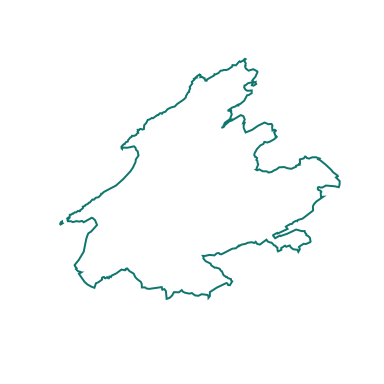 Midleton Lea-7, Cork, Ireland (Equal Earth projection), rotated 154°
{"feature_id": "5873133B11513938910004", "entity_name": "Midleton Lea-7", "entity_type": "district", "adm_level": 2, "iso_a3": "IRL", "parent_name": "Ireland", "parent_adm1": "Cork", "projection": "equal_earth", "projection_center": [-8.098, 51.922], "detail": "fine", "context": "isolated", "style": "outline", "palette": "teal", "viewbox_px": 384, "rotation_deg": 154, "n_neighbors": 0, "source": "geoboundaries", "source_scale": "gbopen_adm2", "svg_char_len": 6032}
<svg xmlns="http://www.w3.org/2000/svg" viewBox="0 0 384 384"><g transform="rotate(154 192 192)"><path d="M114.5,231.0L115.9,231.4L112.8,234.1L112.6,237.2L112.7,237.9L114.5,239.7L123.0,239.0L123.7,239.4L124.3,238.8L127.7,239.1L132.7,237.8L133.2,238.3L133.0,237.7L135.2,236.5L137.5,236.8L135.0,236.7L134.5,238.0L133.1,238.4L132.9,239.3L131.8,239.9L126.3,240.8L126.9,240.3L126.3,239.6L125.1,240.1L125.2,241.6L122.1,244.5L122.0,246.8L121.4,247.2L121.1,248.5L122.7,248.5L123.2,249.1L123.8,248.3L123.6,249.5L119.0,250.3L115.8,249.9L113.0,250.3L112.5,249.9L112.7,248.6L111.7,250.3L109.9,250.0L105.0,251.2L100.1,254.8L98.6,254.3L95.1,254.6L93.8,257.1L97.7,258.6L99.0,260.3L99.3,263.1L98.1,264.7L97.5,264.4L93.9,265.2L89.0,264.1L88.7,263.3L90.0,263.2L91.4,261.7L90.1,260.6L87.0,260.9L87.0,262.4L86.6,263.0L88.1,263.2L88.9,265.8L84.3,267.9L80.5,271.2L80.5,271.9L83.1,275.5L88.0,276.3L88.4,277.3L88.1,277.5L88.5,277.4L89.5,279.4L89.3,281.4L88.5,281.9L88.7,282.4L87.3,284.0L87.5,287.1L85.6,287.9L86.0,288.4L86.8,288.2L86.2,288.6L88.2,287.7L91.5,287.6L91.9,288.6L92.6,288.5L96.9,286.6L100.0,288.3L101.0,287.1L105.3,286.4L107.3,286.5L109.9,287.8L111.3,287.8L113.1,288.5L116.2,287.3L119.7,287.4L120.2,288.0L121.3,287.0L129.0,286.6L130.1,285.6L131.2,286.3L130.9,288.6L131.3,288.6L132.2,290.7L133.6,291.3L133.3,291.4L133.8,292.8L132.4,293.4L133.6,293.5L133.8,294.3L136.5,293.9L137.6,292.8L137.9,293.5L139.9,292.6L139.7,293.0L140.6,292.9L140.4,292.1L143.9,291.0L144.2,289.4L148.1,287.4L148.2,286.0L150.1,284.4L150.7,283.2L151.9,283.2L155.3,280.9L156.3,279.6L159.1,278.7L166.8,277.6L170.0,276.4L174.0,277.2L177.8,277.1L180.7,275.8L183.3,276.2L184.7,275.5L185.4,276.5L186.5,276.8L188.7,275.9L189.2,276.4L194.8,275.4L195.7,276.2L198.4,275.8L200.1,276.2L203.0,274.0L205.7,273.0L207.7,269.6L209.2,269.9L210.4,271.1L211.5,271.4L212.4,270.9L213.5,271.6L213.8,270.4L214.4,270.2L214.4,268.7L216.2,268.5L217.1,267.8L219.3,267.8L221.3,268.8L222.4,267.9L223.3,268.1L226.7,266.6L227.7,265.5L229.6,265.8L231.6,264.5L232.3,264.9L235.4,263.8L236.2,262.1L236.0,261.6L235.5,262.7L234.5,262.1L235.6,261.7L234.4,262.1L230.7,260.1L224.1,258.5L223.4,256.6L223.8,254.4L223.0,252.5L224.1,248.2L228.2,245.9L229.6,243.7L234.3,239.9L238.3,237.6L248.0,233.8L257.6,231.1L271.2,230.7L273.5,229.9L274.4,230.3L275.3,229.3L278.3,228.3L280.9,229.0L283.5,228.1L284.8,228.9L288.6,227.3L289.3,227.6L291.1,226.9L293.4,227.1L294.5,226.4L296.6,226.7L296.9,225.6L297.6,225.1L300.6,224.6L300.9,224.0L301.8,224.1L302.8,225.0L305.0,224.5L306.4,225.1L308.5,224.6L308.9,225.0L310.3,224.6L311.8,225.1L313.3,222.5L314.2,222.4L314.5,223.2L315.4,223.0L315.1,222.6L315.6,222.2L315.2,221.7L316.3,221.1L316.4,220.2L313.4,218.6L312.3,217.2L308.5,216.4L306.3,214.8L303.6,214.2L302.6,212.3L293.4,212.8L292.3,211.4L291.5,209.0L291.8,204.0L300.2,200.6L302.9,200.4L304.2,199.6L307.6,196.2L315.5,185.8L323.5,180.6L329.5,177.8L329.3,177.0L329.7,176.4L329.1,174.0L330.1,173.6L329.2,170.8L327.8,169.6L328.2,169.4L328.0,168.9L326.9,168.3L329.5,168.0L328.0,158.5L326.6,154.9L324.0,151.1L321.7,148.7L318.3,152.1L315.9,151.9L311.3,152.7L310.6,154.2L309.8,154.5L308.4,154.2L308.2,152.9L307.6,152.4L305.7,152.7L305.2,151.3L304.5,150.9L303.4,152.2L302.1,151.1L301.1,152.1L295.8,152.0L289.4,153.2L286.5,151.0L285.3,151.3L285.4,151.8L284.9,152.0L283.7,151.6L282.9,148.3L280.2,144.2L280.3,140.4L279.4,137.5L277.5,133.9L277.4,131.7L278.9,128.2L276.0,126.8L275.2,125.2L273.0,123.7L260.9,119.8L261.5,117.2L259.4,116.8L258.9,114.5L261.6,107.1L258.4,106.7L255.2,107.7L252.1,109.9L247.8,107.6L244.2,108.3L243.9,106.4L242.5,104.6L239.1,101.9L236.4,101.2L234.6,97.7L231.7,95.9L228.1,95.9L223.2,92.7L223.0,90.8L223.5,89.7L221.7,90.5L219.8,94.2L211.5,95.2L201.0,95.1L200.3,94.3L200.3,92.6L198.8,91.6L195.0,94.1L195.6,95.1L195.2,96.7L197.5,98.9L197.9,100.5L198.6,100.6L200.1,103.4L199.9,107.6L200.6,108.7L200.8,110.9L203.6,113.6L204.8,114.0L206.8,117.6L206.7,119.5L210.1,123.9L210.9,127.2L210.1,128.5L210.2,129.8L208.0,128.7L204.1,127.9L199.6,125.2L196.9,126.0L195.3,125.7L194.3,124.9L194.2,124.0L192.8,123.1L180.6,123.4L177.3,122.2L173.4,123.3L173.4,122.7L170.6,123.0L166.9,122.0L163.9,121.9L160.2,120.6L158.3,118.8L156.6,119.3L156.2,116.8L154.1,115.0L146.0,116.5L145.7,114.5L144.5,112.9L142.7,111.6L141.6,108.0L140.6,107.2L140.2,105.2L139.6,104.6L140.7,102.1L140.7,100.9L137.1,100.8L136.4,102.5L131.9,103.0L131.3,101.5L127.6,101.1L127.5,99.0L126.1,96.1L122.6,93.9L122.7,91.6L120.4,93.1L119.9,94.4L120.0,95.7L119.6,95.9L114.3,96.5L112.4,95.3L107.8,95.1L107.2,95.4L106.1,99.1L106.8,101.3L108.2,103.2L107.7,104.0L108.2,105.8L107.9,107.6L110.2,108.5L114.9,112.6L124.5,112.7L131.8,113.6L132.1,114.3L137.5,114.0L138.2,117.2L137.9,117.7L133.3,117.9L133.1,117.1L122.3,116.9L122.8,119.7L121.5,119.9L117.9,120.1L115.7,119.5L114.4,120.4L111.9,120.5L109.9,120.2L109.9,119.9L108.9,120.4L104.2,119.6L91.6,122.2L91.2,122.4L89.6,126.2L87.5,127.7L84.6,128.9L76.2,130.2L78.2,131.0L76.6,135.0L75.7,135.4L75.9,136.8L77.4,138.3L77.7,139.4L76.8,140.9L75.5,140.7L74.4,139.6L72.7,138.9L68.8,139.1L61.1,134.5L58.0,132.0L56.3,133.7L54.5,137.0L56.2,142.0L54.0,142.2L53.9,142.8L56.6,148.1L57.1,150.7L60.0,158.3L63.1,164.8L64.1,165.9L62.7,166.2L65.5,169.0L68.9,170.5L72.1,170.7L73.9,172.2L74.3,173.9L74.8,174.3L76.9,173.2L80.8,174.0L82.3,170.5L83.2,170.4L83.2,169.8L83.8,169.8L83.6,169.4L86.9,170.0L87.4,169.1L92.6,169.3L96.0,171.7L97.9,173.8L102.8,176.0L106.0,175.3L108.6,175.5L111.6,175.1L114.8,176.0L115.1,177.0L116.0,177.9L119.3,179.6L121.6,182.8L124.0,183.0L124.6,183.9L124.0,183.8L123.6,184.9L120.3,187.9L120.4,189.1L119.6,191.2L120.1,192.6L118.6,193.9L119.3,195.7L119.8,195.9L119.9,197.9L118.6,199.5L114.8,202.1L110.1,203.9L106.7,203.9L105.0,205.3L102.7,203.5L100.1,203.1L95.2,203.4L92.0,204.2L91.6,204.5L91.9,205.5L92.4,205.6L92.0,209.6L90.2,210.0L89.7,210.5L90.4,211.7L92.7,212.0L91.5,215.3L90.6,216.3L90.7,218.3L93.7,219.5L96.3,222.6L103.5,222.6L110.8,221.5L117.7,222.0L117.4,227.1L116.4,229.2L114.5,231.0ZM324.4,220.4L321.9,220.6L322.2,221.4L321.7,222.5L322.9,222.4L324.5,221.1L324.4,220.4Z" fill="none" stroke="#0f766e" stroke-width="2"/></g></svg>